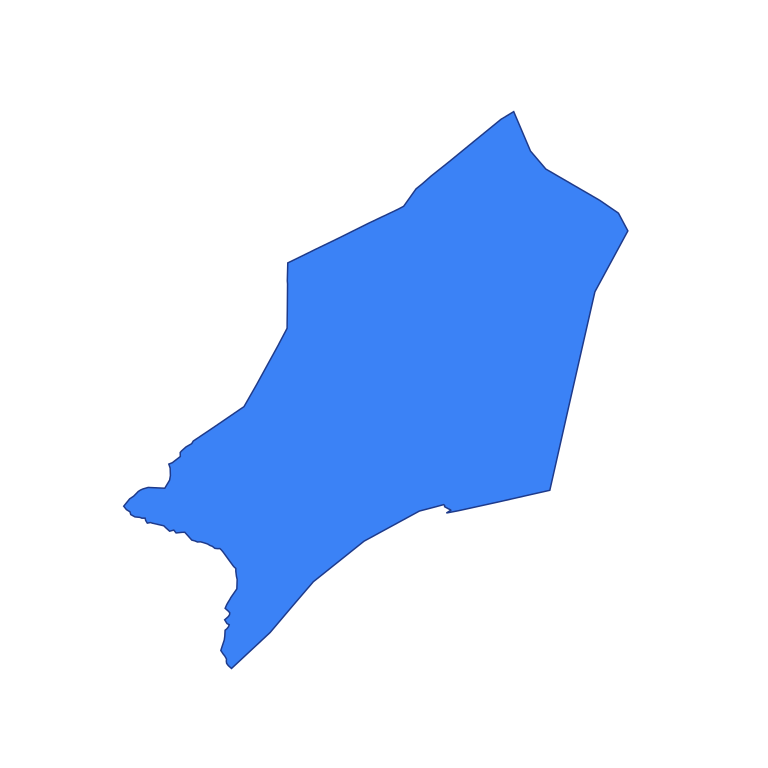 Villa de Tamazulápam del Progreso, Oaxaca, Mexico (Equal Earth projection), rotated 242°
{"feature_id": "50627088B71478824298486", "entity_name": "Villa de Tamazulápam del Progreso", "entity_type": "district", "adm_level": 2, "iso_a3": "MEX", "parent_name": "Mexico", "parent_adm1": "Oaxaca", "projection": "equal_earth", "projection_center": [-97.589, 17.695], "detail": "fine", "context": "isolated", "style": "filled", "palette": "blue", "viewbox_px": 768, "rotation_deg": 242, "n_neighbors": 0, "source": "geoboundaries", "source_scale": "gbopen_adm2", "svg_char_len": 1967}
<svg xmlns="http://www.w3.org/2000/svg" viewBox="0 0 768 768"><g transform="rotate(242 384 384)"><path d="M204.4,115.8L204.6,116.5L218.1,166.9L230.8,198.7L242.6,228.8L254.6,292.7L255.2,355.6L251.1,372.9L249.5,380.0L248.3,380.5L247.2,379.9L243.5,382.3L241.7,383.7L241.2,383.7L240.8,378.5L237.2,390.1L226.1,429.8L217.5,461.5L212.3,480.5L252.7,515.3L272.8,532.6L325.0,577.7L366.4,613.5L404.7,671.2L424.8,671.2L444.9,660.7L470.3,644.9L497.8,627.8L520.9,622.7L563.6,626.4L562.8,611.6L556.2,578.3L549.6,545.3L545.5,523.2L542.8,511.9L541.3,504.0L531.7,484.8L531.7,482.9L531.7,482.6L531.7,478.8L532.4,462.6L532.5,461.5L533.2,445.7L534.1,412.2L535.1,386.2L535.3,379.1L536.1,355.9L520.4,347.0L517.6,345.8L494.6,333.3L485.5,328.3L478.7,324.6L476.7,321.7L468.9,310.2L468.5,309.7L448.4,279.0L443.4,271.4L429.7,249.7L429.3,245.5L425.6,212.2L423.2,188.8L421.8,186.5L421.6,186.2L421.5,182.5L421.4,179.6L420.0,173.9L419.2,171.9L415.6,170.1L413.9,160.1L414.3,156.4L410.1,155.7L403.4,152.4L399.8,149.6L398.2,147.0L394.9,141.5L403.4,127.2L404.5,122.0L404.7,119.3L404.5,116.6L403.8,114.5L402.5,110.3L402.0,105.5L398.3,96.8L394.0,97.6L390.4,99.7L387.6,99.1L383.6,101.7L380.8,105.9L379.2,107.2L377.7,110.1L375.4,109.5L372.3,109.7L371.3,112.8L369.9,114.1L362.2,123.0L359.6,123.8L354.7,125.6L353.7,129.8L350.1,130.5L347.9,135.9L346.6,138.5L336.4,141.0L334.3,143.3L332.1,145.1L330.8,147.9L328.5,150.3L325.6,153.1L323.1,154.6L321.3,156.2L318.3,157.5L316.6,160.0L315.8,161.8L313.8,162.5L311.4,163.0L294.4,165.4L292.3,165.9L290.8,166.6L288.1,165.2L283.4,163.4L280.4,162.6L272.2,157.9L270.8,155.2L268.8,151.3L267.3,148.4L266.2,146.8L264.6,144.0L263.0,141.5L260.5,138.4L256.5,139.9L254.4,140.4L252.8,139.3L251.8,137.5L251.2,135.2L250.6,132.6L246.2,132.9L244.1,134.3L242.6,132.6L241.6,130.2L241.2,128.1L236.2,125.1L233.0,122.8L226.8,116.3L225.3,114.8L221.2,115.2L218.6,115.7L215.1,115.8L213.2,114.6L211.2,113.9L208.5,114.3L204.4,115.8Z" fill="#3b82f6" stroke="#1e3a8a" stroke-width="1.5"/></g></svg>